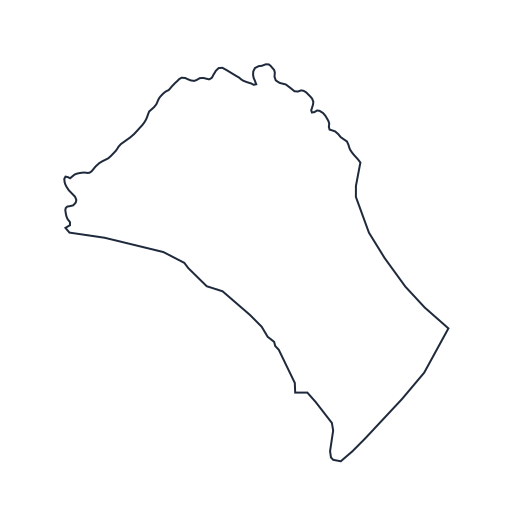 the district of San Pedro La Laguna, Sololá, Guatemala, rotated 278°
{"feature_id": "79465075B50823159206102", "entity_name": "San Pedro La Laguna", "entity_type": "district", "adm_level": 2, "iso_a3": "GTM", "parent_name": "Guatemala", "parent_adm1": "Sololá", "projection": "mercator", "projection_center": [-91.261, 14.648], "detail": "fine", "context": "isolated", "style": "outline", "palette": "slate", "viewbox_px": 512, "rotation_deg": 278, "n_neighbors": 0, "source": "geoboundaries", "source_scale": "gbopen_adm2", "svg_char_len": 2432}
<svg xmlns="http://www.w3.org/2000/svg" viewBox="0 0 512 512"><g transform="rotate(278 256 256)"><path d="M211.1,456.6L228.4,430.3L246.4,408.2L271.8,383.7L294.8,364.6L328.4,346.7L339.3,345.2L360.0,346.2L363.0,346.4L365.9,343.5L367.5,341.6L370.0,338.6L371.9,336.6L374.5,334.3L376.7,333.1L379.1,332.0L382.1,330.1L383.7,326.8L385.5,323.3L388.2,320.4L390.4,317.0L391.0,313.9L391.4,311.3L393.9,310.2L397.2,310.1L399.8,308.9L402.5,306.8L404.5,305.2L406.9,302.5L408.6,298.7L408.6,296.2L406.6,293.8L405.9,291.4L408.0,290.4L410.2,290.8L414.1,291.4L416.7,291.3L419.6,289.7L421.4,287.7L423.9,284.4L425.2,282.6L426.2,280.1L426.3,277.7L424.7,274.6L424.5,271.2L427.2,266.7L430.0,261.7L430.3,258.9L430.7,255.4L431.6,253.3L432.7,251.1L436.0,249.4L440.3,249.1L442.7,248.1L446.4,243.9L447.5,242.0L447.2,239.0L445.2,235.4L444.4,232.3L442.0,228.8L438.4,227.6L434.9,227.9L432.0,228.9L429.6,230.4L426.1,232.3L425.2,229.9L426.2,227.2L426.6,224.6L427.0,222.3L427.8,219.0L428.9,216.6L430.4,214.3L431.3,211.9L436.0,201.0L437.7,196.5L436.9,192.9L435.3,191.6L433.7,190.4L431.7,189.6L429.8,188.7L427.9,188.1L426.1,187.3L424.4,185.0L424.7,181.8L425.0,179.1L424.3,175.6L421.9,172.5L420.8,170.4L420.8,167.0L421.5,164.1L422.4,161.1L422.2,157.5L420.4,155.2L418.4,153.8L416.3,152.0L412.3,149.1L409.7,147.5L408.1,146.4L406.7,144.2L405.2,142.6L403.4,141.1L400.9,139.3L399.2,138.3L396.8,137.4L394.0,136.7L392.2,136.1L389.2,134.3L386.8,132.3L384.3,130.1L382.3,129.6L377.5,128.6L375.0,127.8L372.5,126.7L369.5,125.0L366.5,122.9L363.5,120.9L359.8,118.3L356.0,115.0L348.0,106.6L345.2,104.7L342.7,103.6L340.7,102.6L338.9,101.3L336.8,99.8L334.5,98.1L332.1,96.0L330.3,93.4L328.4,90.6L326.0,87.7L324.4,86.4L322.6,84.9L320.9,83.8L318.9,82.6L317.1,81.5L315.3,79.6L314.8,77.7L314.8,75.2L314.5,73.0L313.6,69.8L312.5,66.9L311.4,65.0L309.0,62.8L307.1,61.1L307.9,58.8L308.1,56.3L305.7,55.4L302.5,56.2L300.4,57.2L298.2,58.7L295.0,61.5L289.5,68.6L286.4,70.3L283.7,70.0L280.7,67.9L279.3,64.3L278.7,62.2L277.0,60.9L274.8,60.8L271.1,61.9L268.6,62.9L266.3,64.3L263.6,67.1L260.6,67.5L259.1,65.6L257.3,63.4L253.2,68.0L253.0,103.4L247.0,163.8L239.2,186.0L234.5,190.7L219.2,211.4L216.4,227.8L196.8,258.2L186.7,271.5L177.6,278.8L173.5,285.9L169.5,287.6L166.3,291.6L135.7,312.1L126.2,313.8L127.9,325.8L119.8,335.3L101.2,354.4L93.9,356.7L73.0,356.5L66.9,358.3L64.9,360.8L64.5,368.5L76.1,378.7L90.8,389.7L134.7,420.5L163.9,438.8L211.1,456.6Z" fill="none" stroke="#1e293b" stroke-width="2"/></g></svg>